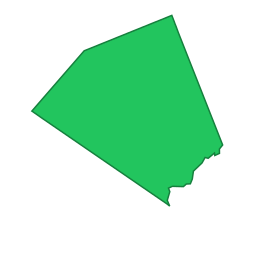 Ellis, Texas, United States of America, rotated 68°
{"feature_id": "52423323B98957090602000", "entity_name": "Ellis", "entity_type": "district", "adm_level": 2, "iso_a3": "USA", "parent_name": "United States of America", "parent_adm1": "Texas", "projection": "equal_earth", "projection_center": [-96.646, 32.301], "detail": "fine", "context": "isolated", "style": "filled", "palette": "green", "viewbox_px": 256, "rotation_deg": 68, "n_neighbors": 0, "source": "geoboundaries", "source_scale": "gbopen_adm2", "svg_char_len": 479}
<svg xmlns="http://www.w3.org/2000/svg" viewBox="0 0 256 256"><g transform="rotate(68 128 128)"><path d="M40.0,139.7L76.3,210.8L87.5,203.5L213.0,120.3L216.0,118.6L209.8,118.7L202.7,113.1L198.9,113.0L198.7,108.7L203.1,98.6L201.8,94.9L203.1,91.1L199.4,87.5L192.5,83.5L188.1,72.4L184.2,67.6L186.1,65.0L183.6,57.2L186.0,57.8L185.8,52.7L181.7,51.1L179.2,46.6L58.3,45.6L52.1,45.4L48.5,45.4L47.0,45.3L40.0,45.2L40.0,139.7Z" fill="#22c55e" stroke="#15803d" stroke-width="1.5"/></g></svg>